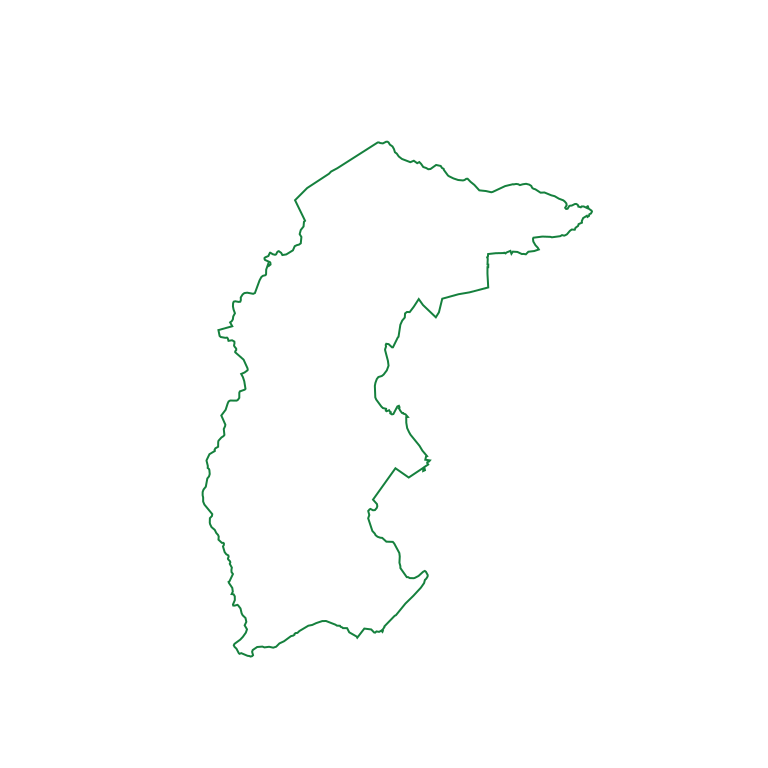 outline of Mineral del Monte, Hidalgo, Mexico, rotated 57°
{"feature_id": "50627088B71257963793973", "entity_name": "Mineral del Monte", "entity_type": "district", "adm_level": 2, "iso_a3": "MEX", "parent_name": "Mexico", "parent_adm1": "Hidalgo", "projection": "albers", "projection_center": [-98.654, 20.148], "detail": "fine", "context": "isolated", "style": "outline", "palette": "green", "viewbox_px": 768, "rotation_deg": 57, "n_neighbors": 0, "source": "geoboundaries", "source_scale": "gbopen_adm2", "svg_char_len": 6165}
<svg xmlns="http://www.w3.org/2000/svg" viewBox="0 0 768 768"><g transform="rotate(57 384 384)"><path d="M591.0,520.3L590.3,519.3L589.3,519.7L589.2,518.6L588.0,515.9L587.5,515.7L584.2,501.3L584.4,499.9L579.8,485.6L577.6,474.6L574.9,464.0L572.8,458.8L570.6,456.4L570.3,454.6L569.2,452.3L568.1,451.4L564.3,451.1L563.0,451.6L562.8,453.5L563.8,459.6L563.4,463.7L563.1,464.8L560.8,468.1L559.1,469.0L558.4,470.1L547.3,470.5L545.5,469.4L542.3,468.4L537.2,464.7L534.1,463.2L523.3,462.3L521.2,462.6L517.5,467.9L512.1,469.3L510.8,470.9L508.6,472.6L506.2,473.4L504.4,473.2L500.9,473.8L488.0,470.4L485.9,467.7L481.9,466.4L481.3,464.4L481.4,463.4L483.9,462.0L484.8,460.3L484.0,457.6L482.9,456.2L480.9,455.3L475.0,456.2L460.9,420.3L475.9,414.2L475.7,396.5L478.3,398.5L478.6,396.6L475.6,395.5L475.6,390.8L473.7,390.8L473.2,390.3L473.5,388.3L473.1,387.1L470.0,390.6L467.8,388.3L468.0,387.2L460.8,388.1L455.2,387.9L440.9,389.4L437.9,389.2L433.6,388.6L428.6,386.4L423.9,383.4L424.6,382.0L421.1,382.5L419.4,383.9L418.8,383.7L418.0,384.7L414.8,384.9L413.3,384.6L412.6,384.9L411.9,383.6L410.4,383.4L410.1,385.0L414.3,392.5L413.8,393.9L412.1,394.7L411.4,393.7L410.8,394.1L408.8,394.0L408.2,396.7L407.3,397.0L405.9,395.8L403.6,398.0L401.5,398.5L392.8,399.0L390.5,398.6L380.6,392.7L378.3,390.5L375.9,387.3L375.1,384.9L376.1,381.5L375.9,379.2L374.1,374.2L371.1,370.2L366.7,368.1L356.4,364.7L355.5,364.2L353.7,361.9L352.2,361.3L351.5,360.2L353.1,358.4L357.6,357.3L358.1,356.5L352.5,347.1L352.3,346.1L343.2,338.0L340.7,334.1L339.6,330.4L336.3,327.9L336.1,325.5L337.7,323.3L335.4,316.9L331.7,308.6L339.0,308.3L356.3,304.2L353.8,298.9L344.2,288.7L349.3,272.6L353.7,262.4L359.8,244.0L347.9,237.2L342.4,233.6L342.8,233.0L340.6,231.5L340.1,232.1L335.5,228.8L333.9,228.5L333.9,227.6L331.7,225.9L335.2,219.0L339.5,212.1L339.4,211.7L340.7,210.9L340.4,209.9L341.2,205.5L344.2,206.2L343.2,203.8L345.9,200.2L350.1,197.6L350.9,196.1L352.5,194.4L351.7,190.9L354.3,185.6L355.5,180.9L353.4,180.8L350.1,181.4L345.9,181.2L343.4,180.0L342.7,179.0L346.6,170.9L351.3,164.2L352.4,163.3L356.0,155.7L356.1,153.6L357.7,152.1L358.0,150.7L358.1,149.0L356.8,144.7L356.7,142.4L358.5,140.0L357.3,138.3L357.1,135.1L355.9,133.7L356.5,130.1L355.1,129.4L353.3,126.6L353.4,122.2L354.7,122.3L354.7,120.6L353.5,119.3L353.7,117.5L352.7,115.7L351.7,115.5L348.2,116.9L346.1,116.2L345.8,116.5L346.0,117.5L346.8,118.0L343.9,119.8L342.7,121.6L343.0,122.7L341.0,124.4L340.4,124.0L339.1,124.0L337.6,124.8L337.0,126.0L336.6,129.4L335.8,130.8L335.7,131.8L337.0,134.6L336.4,135.9L334.9,136.1L333.5,133.4L331.8,132.7L329.4,133.0L327.6,133.6L323.8,136.4L319.4,138.6L316.9,140.9L310.8,145.1L308.8,148.5L303.2,151.0L301.5,152.4L300.0,152.9L298.1,152.6L295.9,153.6L293.5,155.8L292.1,158.8L291.2,161.7L289.6,162.6L288.2,164.2L287.2,166.6L286.7,167.0L284.0,174.6L282.1,188.2L281.6,189.6L277.7,193.4L273.5,198.6L266.2,199.8L261.6,201.3L257.4,202.1L256.7,203.3L256.8,205.3L256.3,206.9L253.3,210.7L249.4,213.8L245.2,216.3L244.0,216.8L237.2,217.2L236.0,216.8L234.4,217.7L232.0,217.7L228.7,221.0L229.0,227.9L228.0,229.9L225.8,231.0L223.4,232.9L219.6,233.0L217.1,233.5L216.9,235.9L213.0,237.4L212.3,241.1L205.0,246.4L201.2,247.7L197.7,247.8L195.6,248.6L192.4,247.7L189.4,247.5L186.4,248.7L183.9,248.6L182.7,249.1L182.0,250.2L181.6,253.9L179.8,256.0L178.6,256.7L178.0,257.8L177.6,305.7L177.0,312.7L177.7,315.6L177.8,341.7L181.4,358.5L204.1,361.3L204.4,362.8L208.1,365.7L209.5,369.9L211.9,372.6L212.4,373.1L215.7,373.2L220.7,377.2L220.8,379.4L220.1,381.4L219.8,383.8L222.3,387.6L222.1,395.4L220.5,399.0L218.0,398.8L215.3,399.9L215.1,400.5L215.3,401.9L216.5,403.8L216.3,405.0L214.6,406.6L212.0,407.8L211.8,408.2L213.7,411.3L213.1,414.5L213.2,415.5L214.0,416.1L215.2,416.2L219.7,413.3L220.5,413.3L222.0,414.1L222.2,416.1L220.2,415.7L223.9,420.5L227.7,423.1L228.2,424.1L227.3,426.7L227.5,428.6L229.3,431.9L237.4,442.7L237.1,444.6L232.9,449.0L231.7,451.6L231.9,453.8L233.4,457.0L235.7,458.4L236.7,459.7L236.0,461.2L233.6,463.7L233.1,465.2L234.0,466.5L236.6,468.4L239.6,469.6L243.5,470.5L245.2,473.6L247.5,475.6L248.4,477.5L248.5,479.5L252.9,479.8L248.6,493.5L254.2,495.7L255.7,495.3L258.8,492.0L259.6,490.4L260.7,490.2L263.1,490.9L264.6,487.6L266.9,486.4L268.4,487.2L269.9,488.7L270.9,489.0L273.8,488.7L275.0,489.4L275.6,491.0L276.4,491.5L287.1,488.5L296.4,489.9L297.6,490.4L298.2,491.0L298.4,494.7L297.8,498.3L301.5,498.6L305.6,499.7L312.6,502.8L312.9,503.9L311.7,508.9L312.5,510.1L316.8,512.9L317.7,515.1L317.7,516.6L314.1,522.0L314.0,523.8L315.1,525.6L319.4,530.9L321.8,537.6L331.7,539.2L332.8,540.2L334.5,542.9L339.8,545.6L340.3,547.0L340.3,549.5L341.4,553.6L342.3,554.6L346.3,557.3L346.1,560.4L346.9,561.9L348.0,562.3L347.8,568.6L351.1,574.0L351.6,574.6L356.8,576.4L358.4,577.6L359.7,577.1L361.0,577.3L364.6,579.2L366.2,581.1L367.0,583.6L373.1,589.4L374.2,592.8L375.8,594.9L378.5,596.7L380.7,597.5L384.1,599.7L387.3,600.3L399.6,598.9L401.0,600.2L401.7,603.1L405.5,605.7L406.9,606.2L410.1,606.6L414.2,605.4L417.6,605.8L420.2,605.4L421.9,605.7L424.4,607.6L428.9,606.5L429.7,605.3L430.5,605.1L431.8,606.0L432.5,607.5L438.2,609.2L440.9,609.0L443.0,607.9L444.3,608.4L445.3,609.9L446.1,610.2L448.9,609.7L450.0,610.1L450.8,611.3L455.1,611.6L456.8,613.2L458.7,614.3L461.1,614.2L465.4,621.2L465.3,622.1L466.2,622.4L472.4,622.3L475.8,623.9L477.2,626.2L478.5,624.7L480.8,624.8L484.0,626.8L486.7,630.8L487.7,631.1L488.5,630.0L489.4,627.2L490.3,626.9L494.1,626.6L498.8,628.3L501.0,628.5L504.8,627.6L508.5,629.0L510.5,632.3L515.1,632.5L517.3,635.3L519.2,640.1L520.1,643.8L520.5,650.9L521.3,652.3L523.1,652.5L525.6,651.9L530.8,652.4L531.6,652.1L532.0,650.3L537.6,646.5L539.0,644.9L539.8,644.5L540.2,643.5L540.4,642.8L540.1,641.5L536.8,640.5L535.6,639.0L535.5,633.6L538.0,629.0L539.8,627.7L541.8,623.5L544.8,620.5L545.6,617.5L544.6,613.0L545.3,608.0L544.8,599.4L545.6,597.0L545.5,595.6L544.9,595.2L544.7,593.9L545.6,592.1L545.1,589.6L545.5,579.1L547.0,575.4L547.6,571.1L549.2,564.9L551.2,561.7L559.4,555.8L561.0,555.1L562.8,552.6L564.0,552.6L565.6,551.5L566.4,551.4L568.7,547.9L573.3,548.4L580.9,544.5L582.2,544.6L578.4,533.7L582.9,528.4L587.0,527.6L587.7,526.8L587.4,525.1L589.2,523.1L589.4,520.6L591.0,520.3Z" fill="none" stroke="#15803d" stroke-width="2"/></g></svg>